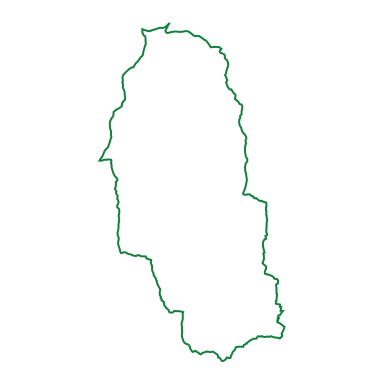 Rosario de Lerma, Salta, Argentina (Albers equal-area conic projection)
{"feature_id": "61730980B26191328353907", "entity_name": "Rosario de Lerma", "entity_type": "district", "adm_level": 2, "iso_a3": "ARG", "parent_name": "Argentina", "parent_adm1": "Salta", "projection": "albers", "projection_center": [-65.767, -24.539], "detail": "fine", "context": "isolated", "style": "outline", "palette": "green", "viewbox_px": 384, "rotation_deg": 0, "n_neighbors": 0, "source": "geoboundaries", "source_scale": "gbopen_adm2", "svg_char_len": 5998}
<svg xmlns="http://www.w3.org/2000/svg" viewBox="0 0 384 384"><path d="M192.3,351.7L192.9,352.0L195.0,350.9L195.6,350.9L196.4,351.4L196.8,352.0L198.3,352.6L199.4,353.8L201.0,354.3L202.2,353.1L203.2,352.6L205.3,352.1L206.6,351.4L207.6,351.8L209.2,351.8L210.0,352.2L210.7,352.2L212.0,351.7L213.0,351.7L217.3,354.6L217.9,355.4L218.1,357.3L219.3,357.6L219.9,358.0L221.2,360.0L221.5,360.7L223.3,361.0L225.5,359.6L226.9,357.5L227.6,357.5L229.0,358.1L229.9,358.1L230.6,357.7L230.8,357.2L230.7,356.0L231.8,354.5L232.5,352.3L234.5,350.1L235.4,348.7L235.6,347.6L236.4,346.8L237.6,347.0L239.1,346.6L243.1,346.8L243.1,346.3L243.9,345.5L243.9,345.0L245.7,344.0L246.2,343.4L246.7,343.5L246.8,343.1L247.5,342.7L248.8,341.3L252.3,339.3L254.2,338.8L256.5,338.5L257.7,336.5L258.7,336.2L260.1,336.6L262.3,336.2L263.5,336.9L265.1,337.0L267.4,336.5L269.8,336.9L270.8,336.2L274.1,337.3L278.3,337.9L279.9,338.5L282.2,336.1L281.6,333.9L283.5,329.9L284.5,326.9L279.7,323.2L277.3,322.1L278.0,320.3L277.4,320.2L277.7,319.1L278.4,319.2L278.8,318.0L277.8,317.9L278.5,315.3L279.8,315.3L280.8,313.6L283.0,310.9L280.6,310.8L281.1,307.4L280.6,307.2L280.9,306.8L279.9,306.6L280.1,305.0L280.0,304.5L275.8,303.7L275.9,301.2L276.4,301.1L276.7,297.2L277.2,294.2L276.4,293.4L276.6,291.4L276.4,289.4L276.5,288.2L276.0,284.8L276.9,283.8L277.9,283.6L278.1,280.5L277.4,279.4L276.8,279.1L274.4,278.7L274.0,278.5L273.9,277.6L273.4,276.9L272.1,276.1L268.7,274.6L267.1,274.5L266.6,274.0L265.0,273.7L265.1,273.2L264.8,272.8L264.8,271.9L265.5,269.8L266.1,268.9L265.9,267.9L266.1,267.4L265.9,266.2L263.7,264.4L262.5,263.1L264.0,259.1L263.8,255.2L263.4,254.5L263.4,253.8L263.6,253.1L264.5,252.7L263.0,246.3L263.1,244.5L262.9,242.9L263.4,241.2L264.2,239.9L264.8,239.2L265.8,239.1L266.2,238.1L265.7,237.2L265.4,235.9L267.1,235.0L267.1,234.3L267.0,233.5L266.2,232.1L266.4,230.3L266.2,229.2L266.5,228.8L266.6,227.8L266.5,227.3L266.7,221.8L267.3,220.1L266.6,217.4L266.8,216.1L266.1,214.6L266.4,213.1L266.5,211.6L266.0,210.8L265.9,208.6L266.0,207.3L266.6,205.6L266.3,204.6L266.3,202.6L263.4,201.8L261.8,200.9L261.3,200.8L261.0,201.2L259.9,200.7L259.1,200.6L256.4,198.3L255.9,198.1L255.1,198.4L254.1,197.9L253.8,197.3L253.4,197.3L252.9,196.2L251.2,195.8L249.8,194.4L248.2,194.3L245.7,194.8L243.7,194.4L243.1,194.0L243.4,192.5L245.1,188.5L246.8,180.8L246.8,179.2L245.9,173.0L245.3,171.0L245.0,167.1L245.7,163.5L247.2,161.4L247.3,159.0L246.3,157.5L245.7,155.7L245.3,153.9L245.1,152.1L245.0,147.9L245.4,144.9L246.2,143.7L245.8,142.9L245.5,140.5L246.2,138.8L246.3,137.4L245.9,136.4L244.7,134.4L243.8,133.6L242.8,132.4L241.5,129.5L241.0,127.2L240.0,126.0L239.7,125.4L239.1,122.4L239.3,119.4L240.1,118.3L240.2,117.7L240.1,115.9L241.6,114.3L241.5,111.7L242.3,107.6L242.2,106.0L241.6,104.6L239.6,104.0L239.1,102.9L237.2,100.7L235.0,99.1L235.0,97.9L235.5,96.6L235.4,94.7L234.5,93.7L233.8,93.4L232.7,91.6L232.1,90.9L231.4,89.4L230.1,89.5L229.0,88.8L228.1,87.2L227.3,86.5L227.3,85.2L226.2,82.8L226.1,82.3L227.1,80.7L227.3,79.8L226.3,78.0L225.9,76.3L225.1,75.4L225.2,74.8L226.1,73.1L226.5,70.8L227.4,67.6L228.1,66.4L228.2,64.3L227.8,61.9L226.7,59.9L225.0,58.4L224.7,57.2L225.0,55.9L224.3,54.5L222.1,53.3L220.5,52.9L219.8,52.0L219.7,51.6L220.0,50.6L220.3,50.0L221.2,49.5L221.4,48.7L220.6,48.4L219.5,47.3L218.3,47.0L214.1,46.9L211.0,47.3L210.6,47.1L208.9,44.2L206.2,40.8L204.9,39.9L204.0,39.7L203.6,39.1L199.4,36.2L196.8,35.8L195.1,36.2L193.1,35.2L191.2,33.4L190.0,32.7L189.3,32.0L188.5,31.5L186.9,31.2L184.4,31.2L182.6,31.7L180.4,31.9L174.8,31.5L171.6,32.0L167.7,33.0L166.9,32.8L165.6,31.7L165.4,31.2L165.5,30.5L166.3,28.8L167.5,27.0L167.8,25.3L169.4,23.6L169.6,23.0L165.5,27.0L163.1,27.9L159.4,27.9L154.5,29.6L152.2,30.0L150.0,31.2L147.3,30.9L142.3,29.2L142.4,32.5L143.1,34.3L143.8,35.5L145.2,36.1L145.5,37.6L145.6,41.8L145.8,43.2L145.7,44.3L145.0,45.9L143.4,51.6L143.1,53.8L142.6,55.5L140.6,57.3L138.5,60.6L135.6,63.5L133.3,67.3L131.8,67.5L129.6,68.7L126.7,71.3L123.2,74.9L122.4,77.8L122.7,78.8L122.9,81.3L122.3,82.2L122.5,83.2L123.0,83.9L122.9,87.8L124.0,89.9L124.7,93.0L124.8,96.3L125.1,97.4L125.0,99.8L122.9,101.7L122.8,102.5L122.1,103.2L121.7,104.2L122.0,105.2L121.5,106.6L118.1,108.8L116.6,109.4L113.6,112.0L113.3,116.1L112.3,117.2L110.8,119.7L110.0,121.9L109.8,123.3L109.9,126.6L110.1,128.2L111.1,131.9L110.9,134.8L111.4,136.8L108.2,146.8L107.3,148.1L106.0,149.2L104.6,151.0L102.6,155.9L99.5,160.6L101.8,160.7L104.3,159.6L105.5,159.9L108.4,159.4L111.2,159.8L111.4,160.9L111.1,162.9L111.2,163.9L111.7,165.6L111.5,167.2L113.5,173.6L114.8,176.0L116.6,177.8L116.7,178.5L117.5,179.2L117.5,179.9L117.0,180.9L115.9,181.8L115.7,182.4L116.0,183.8L115.9,184.7L115.6,187.1L114.9,188.8L116.5,191.5L116.1,192.2L116.2,193.7L117.2,195.0L117.7,196.1L117.2,198.8L118.2,200.6L118.6,202.2L117.8,204.5L117.3,205.4L117.1,206.7L117.3,207.4L118.6,208.4L119.3,209.7L119.2,213.7L118.6,215.8L119.3,219.0L118.7,220.7L119.0,222.0L118.5,224.1L118.5,228.2L117.5,233.1L117.8,235.8L118.6,237.4L118.8,238.8L118.0,242.9L118.7,246.2L119.8,249.4L120.3,251.8L121.0,253.0L122.1,252.9L123.8,252.3L125.0,252.2L126.1,252.6L127.8,253.8L130.7,254.4L133.4,255.7L134.5,255.7L135.7,256.1L137.9,255.2L138.6,255.1L141.3,256.3L145.6,256.4L145.8,257.1L146.2,257.4L146.5,258.5L147.9,258.7L148.2,259.1L149.5,259.6L150.9,259.7L151.3,260.1L150.8,262.5L151.0,263.4L151.4,264.6L152.0,265.3L152.1,270.0L152.4,271.1L153.7,273.7L153.6,275.2L155.2,277.4L155.9,278.8L156.1,280.0L156.8,280.8L156.9,282.7L158.4,286.2L160.3,289.4L159.7,292.0L159.8,295.2L160.9,296.5L160.6,298.1L161.2,298.4L161.6,298.9L161.8,299.7L161.5,300.2L162.8,301.2L163.1,301.7L163.9,302.0L163.8,302.9L164.2,303.9L164.1,305.0L164.7,305.9L166.2,307.7L166.3,308.2L166.8,308.4L167.8,309.4L168.5,309.7L169.2,312.0L170.0,312.5L172.7,312.5L174.4,310.9L176.4,311.2L177.7,311.1L179.4,311.2L183.2,312.1L182.7,313.7L182.8,318.7L181.5,323.9L182.1,327.4L181.9,329.3L182.2,332.1L181.8,335.2L181.9,336.4L182.8,339.4L184.0,342.2L185.0,343.2L186.0,343.8L187.9,344.4L188.8,345.0L190.1,347.3L190.2,348.7L192.3,351.7Z" fill="none" stroke="#15803d" stroke-width="2"/></svg>